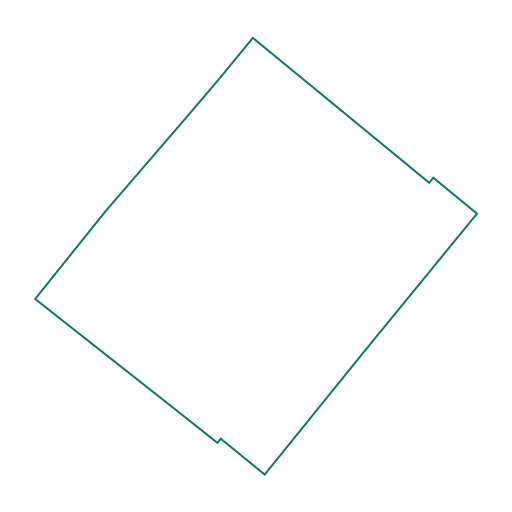 Ford, Kansas, United States of America, rotated 129°
{"feature_id": "52423323B50939961364147", "entity_name": "Ford", "entity_type": "district", "adm_level": 2, "iso_a3": "USA", "parent_name": "United States of America", "parent_adm1": "Kansas", "projection": "albers", "projection_center": [-99.859, 37.691], "detail": "fine", "context": "isolated", "style": "outline", "palette": "teal", "viewbox_px": 512, "rotation_deg": 129, "n_neighbors": 0, "source": "geoboundaries", "source_scale": "gbopen_adm2", "svg_char_len": 330}
<svg xmlns="http://www.w3.org/2000/svg" viewBox="0 0 512 512"><g transform="rotate(129 256 256)"><path d="M420.4,111.7L264.9,111.8L84.0,110.9L83.6,167.5L90.1,167.5L88.5,395.7L144.6,396.1L200.9,397.6L315.9,401.1L428.4,400.6L426.1,227.3L425.5,168.4L420.2,168.4L420.4,111.7Z" fill="none" stroke="#0f766e" stroke-width="2"/></g></svg>